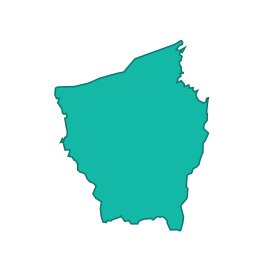 the district of Aguada, Puerto Rico, rotated 13°
{"feature_id": "32010507B12204404308150", "entity_name": "Aguada", "entity_type": "district", "adm_level": 2, "iso_a3": "PRI", "parent_name": "Puerto Rico", "parent_adm1": "", "projection": "equal_earth", "projection_center": [-67.173, 18.364], "detail": "fine", "context": "isolated", "style": "filled", "palette": "teal", "viewbox_px": 256, "rotation_deg": 13, "n_neighbors": 0, "source": "geoboundaries", "source_scale": "gbopen_adm2", "svg_char_len": 1893}
<svg xmlns="http://www.w3.org/2000/svg" viewBox="0 0 256 256"><g transform="rotate(13 128 128)"><path d="M160.0,30.8L159.1,31.7L154.8,36.0L135.7,48.4L135.0,48.8L119.3,59.0L115.6,66.0L111.3,74.4L109.4,75.3L105.8,76.9L105.6,77.0L98.5,80.8L89.8,85.5L84.7,89.3L84.5,89.5L79.5,93.2L69.9,98.0L66.7,99.6L50.3,103.9L48.6,105.3L48.4,105.5L49.2,112.0L51.8,115.5L54.4,114.6L53.8,119.3L59.0,123.9L61.0,128.3L62.8,129.0L64.3,127.7L66.3,130.6L64.2,132.8L69.1,144.2L69.6,144.5L70.4,150.1L68.6,151.3L68.2,154.5L66.4,152.9L65.5,157.3L67.9,156.3L71.7,163.7L75.9,162.3L76.6,164.1L76.0,168.9L80.0,168.8L82.6,171.4L84.3,171.5L87.1,174.6L88.5,180.2L91.0,181.7L95.8,181.9L98.5,184.9L99.6,186.7L102.8,189.0L106.7,189.5L110.0,191.7L108.6,200.1L112.6,203.7L118.7,205.9L119.2,212.5L121.7,219.8L124.7,225.2L128.2,225.0L128.8,222.7L132.0,222.5L133.7,220.6L140.4,216.5L140.9,215.5L141.3,215.5L145.8,219.7L149.3,218.0L152.5,220.5L153.4,220.6L159.0,219.2L159.4,216.5L163.8,213.3L170.7,211.0L173.3,211.9L176.3,207.6L179.5,207.7L180.8,206.7L183.2,206.9L187.0,209.5L187.3,211.3L190.4,215.5L192.2,217.8L198.6,216.0L201.4,216.5L202.4,215.7L202.7,207.7L202.1,202.1L196.8,191.9L201.3,183.3L200.0,173.7L198.4,172.6L197.6,169.6L196.3,161.6L196.8,159.7L200.2,157.7L200.5,153.3L203.6,150.5L205.3,147.7L205.4,142.3L206.4,135.0L204.6,125.6L205.4,124.4L206.3,122.1L207.6,114.9L201.7,111.5L201.4,107.1L203.4,102.8L202.1,96.0L201.1,95.7L199.6,83.5L199.5,80.5L197.9,81.5L198.2,84.8L196.0,86.7L190.6,85.2L187.8,82.4L186.5,79.9L187.5,75.7L184.7,77.7L182.7,76.5L182.5,74.0L178.8,75.3L177.7,72.4L173.5,74.8L172.9,72.6L170.5,70.9L169.3,69.9L165.6,72.6L165.6,68.2L167.9,65.7L166.5,63.3L169.3,62.4L169.4,61.6L167.3,61.2L166.1,56.6L163.9,54.4L163.2,51.8L164.5,50.3L164.5,46.1L161.3,44.6L162.1,41.8L163.8,42.5L165.5,36.7L161.1,40.8L157.2,41.0L159.5,36.2L162.2,34.4L161.9,32.0L160.0,30.8Z" fill="#14b8a6" stroke="#0f766e" stroke-width="1.5"/></g></svg>